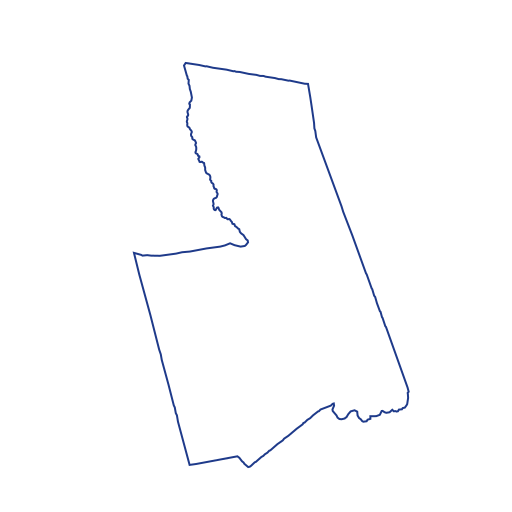 the district of Cahabón, Alta Verapaz, Guatemala, rotated 257°
{"feature_id": "79465075B65664017230403", "entity_name": "Cahabón", "entity_type": "district", "adm_level": 2, "iso_a3": "GTM", "parent_name": "Guatemala", "parent_adm1": "Alta Verapaz", "projection": "albers", "projection_center": [-89.715, 15.61], "detail": "fine", "context": "isolated", "style": "outline", "palette": "blue", "viewbox_px": 512, "rotation_deg": 257, "n_neighbors": 0, "source": "geoboundaries", "source_scale": "gbopen_adm2", "svg_char_len": 4728}
<svg xmlns="http://www.w3.org/2000/svg" viewBox="0 0 512 512"><g transform="rotate(257 256 256)"><path d="M457.8,228.7L447.3,229.2L446.6,229.5L444.1,229.3L442.7,230.1L439.1,229.0L436.8,229.5L433.5,229.1L430.8,229.4L424.8,229.2L421.9,227.9L420.6,225.9L419.3,225.2L418.5,225.7L416.5,225.2L415.5,224.9L414.9,224.5L414.6,223.9L413.7,222.8L413.1,222.2L412.6,221.9L411.8,221.6L409.3,221.7L408.8,221.7L408.0,221.3L407.7,220.6L407.1,220.0L406.4,219.9L405.8,220.1L405.2,220.1L404.5,219.9L403.8,219.5L402.8,218.9L401.9,218.8L401.0,219.0L400.0,218.8L399.4,218.5L398.8,218.4L397.9,218.4L397.4,218.6L397.1,218.9L396.7,219.4L395.9,220.0L395.4,220.0L394.2,220.3L393.7,220.6L393.0,221.0L392.4,221.2L391.9,221.4L391.1,221.3L390.3,220.7L389.7,220.3L389.0,220.0L388.5,219.9L387.6,219.9L386.2,220.6L385.7,220.6L385.1,220.4L384.3,220.4L383.8,220.8L383.3,221.3L382.5,222.4L381.5,222.7L381.0,222.8L380.4,222.9L379.6,223.0L378.9,222.5L378.5,222.1L377.8,221.8L377.2,221.9L376.6,222.1L375.9,222.2L375.3,222.2L373.8,221.9L373.2,221.7L372.7,221.5L371.8,221.1L371.4,220.7L370.6,220.3L369.7,220.4L369.1,221.1L368.6,221.8L367.9,222.1L366.9,222.0L366.3,222.5L365.9,223.2L365.3,223.2L364.7,223.0L364.3,222.3L363.6,221.6L362.9,221.7L362.3,221.9L361.3,222.1L360.4,222.2L360.1,222.7L360.0,223.3L360.0,223.8L360.1,224.3L359.8,224.8L359.2,225.1L358.7,225.6L358.3,226.3L357.4,226.3L356.6,226.1L356.0,226.1L355.2,226.1L354.4,226.3L353.9,226.3L353.2,226.3L352.5,226.1L352.0,226.0L351.3,225.8L349.2,226.0L348.4,226.1L347.6,226.6L347.2,227.1L346.3,228.1L345.7,228.8L344.7,229.2L344.0,229.3L343.4,229.3L342.8,229.2L342.1,229.0L341.6,228.8L341.0,228.5L340.3,228.6L339.9,228.8L339.3,229.3L338.5,229.1L337.8,229.1L337.1,229.5L336.6,230.0L336.1,230.4L335.2,230.7L334.4,230.5L333.7,230.3L332.9,230.4L332.2,230.6L331.4,230.5L330.8,230.8L330.6,231.3L330.4,231.8L329.8,232.4L329.0,232.6L328.3,232.4L327.7,232.1L327.2,232.0L326.8,232.1L326.1,232.4L325.5,232.6L324.8,232.5L324.3,232.2L323.8,231.9L323.4,231.6L322.6,231.3L322.2,230.9L321.7,230.2L321.6,229.3L321.5,228.6L321.2,227.7L320.8,227.3L319.9,226.6L319.1,226.4L317.7,226.4L316.7,226.4L316.0,226.3L315.2,225.8L314.8,225.4L314.1,225.5L313.2,225.8L312.6,225.7L312.0,225.5L311.1,225.5L310.6,225.7L310.0,226.2L309.8,226.9L310.3,227.4L310.8,227.8L311.3,228.3L311.9,228.9L311.9,229.5L311.9,230.0L311.3,230.3L310.7,230.3L309.7,230.5L308.9,230.7L308.3,231.1L307.4,231.6L306.9,231.9L306.4,232.2L305.6,232.2L304.9,232.1L304.4,231.7L303.5,231.7L302.8,231.7L302.1,231.9L301.5,232.4L301.2,232.9L300.9,233.4L300.5,233.7L300.1,234.1L299.9,234.8L299.9,235.5L299.3,236.0L298.8,236.1L298.1,236.8L298.1,237.5L298.1,238.2L297.5,238.8L296.8,239.1L296.3,239.2L294.4,240.2L293.4,240.2L292.7,240.3L292.3,241.0L292.2,241.6L291.8,242.1L291.1,242.2L290.5,242.2L289.7,242.4L289.3,242.9L288.5,243.6L287.5,244.3L286.9,244.6L285.9,245.7L283.2,245.7L281.5,246.5L279.2,248.5L274.6,250.1L273.0,251.4L271.1,251.3L269.0,248.7L268.3,247.3L268.6,243.1L271.4,237.5L274.2,233.6L273.3,228.1L273.2,223.2L274.5,209.5L275.2,192.6L276.3,184.8L276.3,178.7L277.8,162.5L279.9,154.0L281.3,150.2L281.9,145.5L282.9,144.4L286.5,137.8L264.4,138.1L222.1,139.8L186.5,140.6L181.6,141.1L175.9,140.8L150.2,141.8L128.8,142.3L126.8,142.8L120.9,142.5L118.6,143.1L112.1,142.7L67.4,144.3L66.8,150.9L65.0,192.8L63.1,194.4L59.1,196.2L57.5,197.5L56.3,197.8L52.1,200.9L52.1,202.6L52.7,204.0L55.3,208.4L55.4,209.5L59.0,216.1L59.6,218.2L60.8,220.0L61.8,222.9L63.3,225.1L63.4,226.2L67.9,234.6L70.3,240.6L71.7,242.3L73.5,247.0L78.5,256.7L81.5,263.6L82.7,264.7L82.7,265.8L84.8,269.2L85.8,272.3L87.9,275.7L90.6,281.5L90.6,282.4L91.9,284.3L93.4,295.3L94.7,297.4L94.8,298.6L92.6,298.4L89.3,296.0L87.7,295.9L82.5,298.6L80.2,299.1L78.4,300.6L77.7,302.6L77.7,305.9L78.3,306.8L78.5,307.8L81.2,310.4L83.3,313.3L83.5,317.3L81.6,319.6L77.7,319.1L74.9,320.0L73.3,321.4L71.3,322.3L70.4,323.3L70.1,326.6L71.4,327.9L71.6,330.8L74.2,331.4L72.9,337.1L73.4,340.9L74.1,341.5L76.7,343.6L76.6,344.5L74.8,346.2L73.9,347.7L73.7,351.0L75.5,354.2L73.7,355.3L73.5,357.0L72.8,358.0L72.8,359.4L74.2,360.7L73.8,363.7L74.8,364.7L74.8,366.9L76.6,369.0L77.7,370.0L83.5,372.3L87.2,372.9L88.5,373.0L89.4,374.2L93.7,374.1L119.6,371.1L157.6,366.7L158.5,366.2L167.2,365.4L168.1,365.0L173.6,364.8L174.3,364.3L183.0,363.2L189.3,362.9L190.7,362.2L197.5,361.8L198.5,361.4L213.3,359.7L214.2,359.3L254.2,354.5L279.5,350.9L285.2,350.5L358.0,341.3L364.5,341.9L367.2,341.6L372.6,342.5L389.5,343.9L398.5,344.6L412.0,345.4L412.9,342.2L419.4,328.2L419.5,327.1L422.6,320.4L423.2,318.0L425.1,314.5L428.6,305.6L429.7,303.9L430.6,300.4L432.4,297.1L435.0,290.0L439.0,281.5L440.0,278.1L441.0,276.6L441.1,275.5L444.2,269.2L449.1,256.4L452.0,250.5L452.1,249.4L454.9,243.6L459.9,230.9L457.8,228.7Z" fill="none" stroke="#1e3a8a" stroke-width="2"/></g></svg>